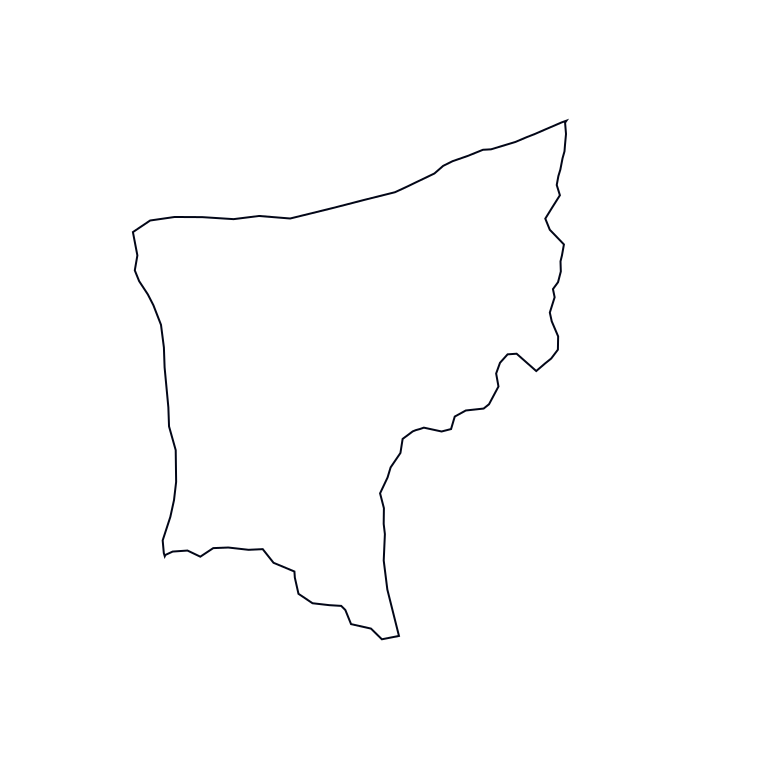 outline of Perivolia Larnakas, Larnaca, Cyprus, rotated 158°
{"feature_id": "46923920B78276374630507", "entity_name": "Perivolia Larnakas", "entity_type": "district", "adm_level": 2, "iso_a3": "CYP", "parent_name": "Cyprus", "parent_adm1": "Larnaca", "projection": "natural_earth1", "projection_center": [33.587, 34.833], "detail": "fine", "context": "isolated", "style": "outline", "palette": "ink", "viewbox_px": 768, "rotation_deg": 158, "n_neighbors": 0, "source": "geoboundaries", "source_scale": "gbopen_adm2", "svg_char_len": 1546}
<svg xmlns="http://www.w3.org/2000/svg" viewBox="0 0 768 768"><g transform="rotate(158 384 384)"><path d="M464.5,144.8L457.9,192.2L450.4,220.4L439.4,244.5L436.7,254.4L430.6,268.9L428.6,284.1L415.7,296.0L409.1,304.2L394.6,313.9L387.3,326.1L375.1,329.3L371.7,329.3L367.5,328.8L363.4,328.6L348.4,318.4L338.7,317.1L330.6,327.3L318.1,328.8L300.8,323.9L294.2,325.9L278.8,338.8L276.1,351.7L268.5,360.2L258.3,365.2L249.7,362.4L238.0,339.0L226.7,342.8L219.4,345.0L209.9,350.7L204.7,362.9L205.0,379.3L203.5,388.1L193.3,400.5L191.8,408.7L184.5,413.2L177.9,422.1L174.4,431.6L170.8,436.6L164.9,446.0L168.3,454.5L172.5,464.9L172.5,476.9L162.0,484.6L150.2,493.1L149.3,503.8L144.4,511.5L140.2,516.7L133.9,526.4L129.5,532.1L126.5,538.1L121.6,547.6L118.2,558.5L116.2,559.8L121.3,560.0L138.9,559.6L150.7,559.3L159.2,559.4L171.6,559.2L180.4,560.0L196.9,561.5L204.5,564.1L221.0,564.1L236.9,564.9L247.4,564.1L258.4,560.3L279.0,559.0L287.8,558.4L302.0,557.7L333.4,562.1L365.9,566.4L409.0,572.6L436.9,586.6L461.7,593.2L490.0,606.8L515.6,617.3L539.6,623.2L559.9,618.9L564.5,595.6L572.5,582.7L572.5,571.1L569.4,555.5L568.3,543.4L568.6,522.4L574.4,500.3L581.2,481.6L592.7,443.1L599.2,425.2L601.9,400.7L613.4,371.1L622.2,355.0L631.9,340.8L647.8,321.9L651.5,309.7L651.8,306.4L650.7,307.4L642.7,307.8L628.6,303.2L619.0,292.7L603.8,295.8L589.6,290.7L571.7,281.0L558.3,276.3L553.4,259.6L537.3,243.7L539.2,237.9L541.9,221.5L532.4,207.5L517.5,199.4L506.8,194.3L504.5,188.9L504.5,173.7L487.7,162.1L481.6,148.1L464.5,144.8Z" fill="none" stroke="#020617" stroke-width="2"/></g></svg>